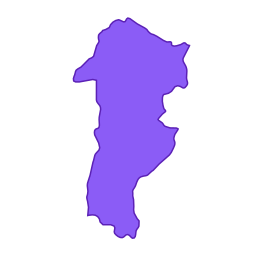 an SVG outline of Sagarmatha, rotated 183°
{"feature_id": "NPL-1133", "entity_name": "Sagarmatha", "entity_type": "Administrative Zone", "adm_level": 1, "iso_a3": "NPL", "parent_name": "Nepal", "parent_adm1": "", "projection": "robinson", "projection_center": [86.603, 27.261], "detail": "fine", "context": "isolated", "style": "filled", "palette": "violet", "viewbox_px": 256, "rotation_deg": 183, "n_neighbors": 0, "source": "natural_earth", "source_scale": "10m", "svg_char_len": 2728}
<svg xmlns="http://www.w3.org/2000/svg" viewBox="0 0 256 256"><g transform="rotate(183 128 128)"><path d="M128.1,18.2L130.1,18.3L132.3,19.2L134.3,20.6L135.8,22.1L136.3,23.6L135.9,27.5L136.7,29.3L140.1,30.5L147.9,30.1L150.9,32.7L151.9,35.9L153.7,38.0L156.1,39.2L158.9,39.4L162.2,38.9L163.6,38.5L163.3,46.8L164.5,52.6L165.3,55.2L165.5,56.5L165.5,57.2L164.9,59.8L164.7,62.8L165.6,68.1L165.6,69.9L165.4,71.2L163.4,78.8L161.2,91.9L160.7,93.6L159.7,98.9L159.2,100.2L158.0,101.8L156.0,104.2L155.7,104.9L155.2,106.8L156.5,111.5L160.9,119.4L161.3,121.6L161.2,123.4L160.9,124.2L160.3,125.0L159.5,125.5L158.5,125.9L157.6,126.4L157.0,127.2L156.7,129.2L157.3,135.0L157.3,137.3L156.3,145.2L156.6,147.2L157.3,148.8L159.4,151.2L160.5,152.7L161.0,154.3L162.0,174.0L165.7,174.6L178.9,171.5L182.8,171.3L184.7,172.1L185.1,174.4L184.5,177.0L184.1,177.9L183.5,180.7L183.4,181.5L182.8,183.0L181.2,184.4L178.1,186.4L170.4,195.0L167.9,196.2L166.1,197.8L163.6,208.6L162.0,211.5L161.4,213.1L161.8,214.4L162.1,215.3L162.3,216.7L162.3,218.2L162.2,219.3L161.3,220.7L158.8,223.1L158.5,224.0L155.4,225.2L151.9,227.4L150.8,230.3L148.6,232.9L145.9,234.7L143.1,235.6L142.1,235.4L138.1,233.8L136.6,234.0L135.8,235.3L135.1,236.8L133.9,237.8L131.8,237.3L124.1,232.4L116.6,228.8L114.4,227.4L112.9,225.5L111.3,224.1L109.6,223.1L107.4,222.6L104.0,221.1L97.2,217.3L93.9,216.0L92.9,216.0L90.5,216.3L89.7,216.2L89.0,215.3L88.9,213.5L88.1,212.6L86.2,212.2L83.9,212.6L79.6,214.1L77.2,215.7L76.4,216.0L75.2,215.8L74.5,215.2L74.0,214.6L73.3,214.2L71.6,213.7L70.9,213.6L71.0,213.2L76.2,201.5L76.6,200.4L76.7,199.2L76.4,197.6L75.8,196.4L73.8,193.2L73.1,191.8L72.6,190.3L72.3,189.0L72.2,187.6L72.2,181.1L71.9,179.5L71.0,176.8L70.9,176.0L70.9,175.1L71.2,174.3L71.7,173.3L73.2,171.4L74.2,170.9L75.2,170.9L78.1,172.3L79.5,172.6L80.6,172.8L83.3,171.7L86.5,166.9L89.4,164.8L94.1,163.3L94.8,162.2L95.2,160.3L95.1,156.5L94.3,152.7L93.3,149.5L92.8,148.7L92.3,148.2L91.7,147.7L91.4,147.1L91.4,146.4L94.5,143.6L97.8,139.4L98.5,138.1L98.2,137.7L97.7,137.2L94.2,135.0L93.7,134.5L92.9,133.5L92.2,132.4L91.2,131.7L89.6,131.2L86.0,130.3L79.8,130.5L78.0,129.9L78.0,129.1L80.9,124.0L81.4,121.9L81.7,120.3L81.6,119.1L80.5,116.3L80.4,115.4L80.4,114.3L80.6,113.2L81.6,110.3L83.5,105.9L85.2,103.3L95.1,93.6L100.6,87.1L102.2,85.9L105.9,82.1L106.6,81.7L107.7,81.3L110.0,80.8L112.6,79.9L114.0,78.9L115.3,77.2L116.4,74.5L117.5,70.7L118.4,68.8L119.2,67.5L119.7,66.5L120.1,65.2L119.8,63.1L119.7,60.4L118.7,56.7L118.1,50.1L118.1,46.6L117.4,43.3L114.1,37.9L112.1,35.8L112.0,32.7L112.0,30.5L112.7,29.0L113.6,27.7L114.5,25.9L114.7,24.0L114.8,21.9L115.1,20.0L116.1,18.5L117.9,18.2L119.4,19.3L120.9,20.8L122.6,21.6L124.3,21.2L126.7,18.9L128.1,18.2Z" fill="#8b5cf6" stroke="#5b21b6" stroke-width="1.5"/></g></svg>